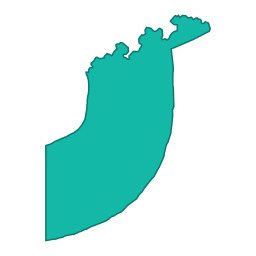 Jarra East, Lower River, Gambia (Robinson projection)
{"feature_id": "56634734B99377934241318", "entity_name": "Jarra East", "entity_type": "district", "adm_level": 2, "iso_a3": "GMB", "parent_name": "Gambia", "parent_adm1": "Lower River", "projection": "robinson", "projection_center": [-15.258, 13.452], "detail": "fine", "context": "isolated", "style": "filled", "palette": "teal", "viewbox_px": 256, "rotation_deg": 0, "n_neighbors": 0, "source": "geoboundaries", "source_scale": "gbopen_adm2", "svg_char_len": 2810}
<svg xmlns="http://www.w3.org/2000/svg" viewBox="0 0 256 256"><path d="M46.0,240.6L53.7,239.1L54.4,239.2L55.7,239.1L59.5,237.8L62.2,237.4L65.9,235.6L67.9,235.3L72.7,234.3L73.4,234.5L77.4,232.8L79.4,231.8L80.6,231.5L85.3,229.3L86.5,229.2L90.2,227.0L101.6,222.6L102.7,222.2L106.1,220.8L108.6,219.1L111.7,216.4L112.0,216.4L113.5,216.1L117.5,213.6L121.2,211.9L121.4,211.8L125.3,208.0L127.6,205.4L136.8,198.6L139.1,194.6L141.8,192.1L142.8,190.6L143.4,189.5L148.3,183.0L152.5,178.0L153.6,177.2L158.8,167.6L159.2,167.1L162.7,159.2L164.1,155.7L164.1,154.2L166.2,145.3L168.0,141.9L171.0,132.5L171.0,130.6L171.3,128.7L171.7,125.3L172.7,116.0L172.5,110.0L172.4,109.6L172.8,109.6L173.9,106.6L173.7,101.4L173.5,94.6L173.4,89.7L173.4,88.7L172.8,84.6L172.9,72.5L173.3,70.8L173.3,67.9L172.7,62.0L171.2,48.9L176.0,46.9L193.2,39.5L209.4,31.2L210.1,28.9L210.2,28.7L208.4,23.0L207.7,22.9L205.4,21.8L203.7,23.4L202.2,23.5L201.2,22.4L201.4,21.0L200.4,19.4L198.0,19.0L197.4,18.0L195.9,18.0L193.3,19.7L191.8,17.7L191.2,17.2L190.4,17.4L188.4,18.0L188.1,18.0L187.3,17.1L185.5,15.7L182.4,15.5L181.5,16.1L180.3,17.4L179.3,16.5L178.4,15.4L177.6,16.5L177.3,16.6L175.8,15.7L175.2,15.7L173.8,17.2L170.3,21.2L173.9,24.6L177.3,24.8L177.3,28.1L177.2,30.8L175.8,31.2L174.4,31.4L172.1,33.1L170.4,35.2L170.1,35.8L169.0,38.6L166.9,40.0L166.1,39.3L164.8,38.8L163.5,39.4L162.8,39.7L161.6,38.8L161.4,38.2L162.7,36.0L162.7,35.0L162.4,33.6L162.4,30.3L160.1,28.4L159.7,28.4L158.7,28.7L156.4,31.2L153.8,31.3L151.1,28.4L147.2,27.5L146.6,27.5L145.1,30.0L145.1,31.3L145.7,33.6L143.7,35.0L141.7,34.9L138.9,38.5L138.9,41.8L139.3,43.4L140.9,44.0L141.6,44.8L141.6,46.0L139.9,48.4L138.9,50.7L138.7,50.9L137.7,51.7L133.4,51.4L129.0,56.1L129.2,58.1L129.2,58.7L129.2,59.2L127.8,59.2L126.0,57.8L123.5,56.9L123.2,55.2L123.9,54.2L124.9,54.4L125.6,54.4L126.1,54.4L128.5,51.5L128.2,47.6L122.8,43.1L121.1,42.6L120.5,42.6L119.1,44.0L117.1,44.0L115.9,44.8L116.3,47.0L117.1,48.6L113.6,52.3L112.8,54.1L112.4,55.0L111.5,55.7L110.0,54.6L107.1,53.6L104.9,55.8L104.2,56.4L104.1,58.0L99.7,58.7L97.4,57.5L96.5,57.3L96.2,57.3L95.5,58.1L94.9,58.7L94.2,60.3L93.9,61.1L91.1,63.1L91.1,64.4L91.4,65.2L92.7,66.4L92.8,67.2L92.1,67.7L90.7,67.5L89.7,68.0L88.6,69.9L88.6,72.4L86.1,72.1L86.1,73.1L86.5,74.3L86.8,74.9L87.1,75.8L87.7,76.9L88.0,78.7L88.4,80.2L88.6,82.5L88.8,85.2L88.7,90.6L88.3,94.4L88.3,94.9L87.8,95.8L87.3,100.3L87.3,102.2L87.2,103.9L87.2,104.0L87.0,104.3L86.9,107.8L86.7,109.2L86.7,109.8L85.8,114.7L85.5,116.5L85.4,117.2L85.1,118.8L84.4,120.6L83.1,122.7L82.6,124.0L82.2,124.7L80.9,126.3L79.1,128.5L78.6,129.1L77.6,129.9L75.2,131.7L74.3,132.7L72.7,133.3L70.7,134.2L69.7,134.8L65.5,137.2L64.7,137.2L63.0,138.3L62.2,138.3L59.2,139.7L55.1,141.4L53.2,142.6L50.3,144.2L45.8,145.6L45.9,165.1L45.9,194.1L45.9,240.6L46.0,240.6Z" fill="#14b8a6" stroke="#0f766e" stroke-width="1.5"/></svg>